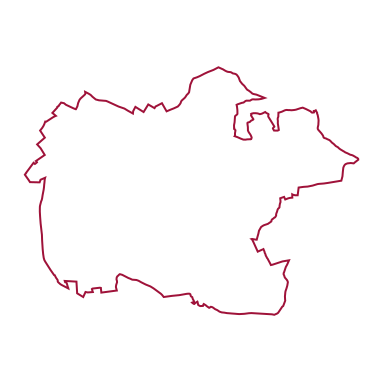 outline of Breaza, Mures, Romania, rotated 179°
{"feature_id": "2599482B97125721740240", "entity_name": "Breaza", "entity_type": "district", "adm_level": 2, "iso_a3": "ROU", "parent_name": "Romania", "parent_adm1": "Mures", "projection": "mercator", "projection_center": [24.592, 46.763], "detail": "fine", "context": "isolated", "style": "outline", "palette": "rose", "viewbox_px": 384, "rotation_deg": 179, "n_neighbors": 0, "source": "geoboundaries", "source_scale": "gbopen_adm2", "svg_char_len": 5939}
<svg xmlns="http://www.w3.org/2000/svg" viewBox="0 0 384 384"><g transform="rotate(179 192 192)"><path d="M298.5,290.3L301.7,287.5L302.8,286.2L303.1,285.6L304.3,282.9L305.1,279.7L306.6,276.8L306.9,276.8L309.4,277.9L316.5,281.4L318.4,283.0L321.3,283.7L322.3,282.4L323.1,281.5L323.9,280.2L324.5,280.0L325.3,279.3L325.2,278.8L330.2,273.5L326.8,270.5L327.6,270.2L329.6,269.2L336.6,264.8L337.5,265.0L338.5,262.4L339.4,260.6L340.7,258.6L342.8,256.1L338.2,248.9L346.0,242.3L342.6,238.4L338.6,231.6L347.5,225.7L347.0,225.3L346.5,224.4L348.2,223.0L348.6,222.8L349.9,224.0L354.8,217.6L355.5,216.7L357.8,213.7L357.7,213.6L358.8,212.2L355.3,207.1L353.8,204.7L344.2,204.3L343.2,206.9L338.6,208.8L339.0,207.4L339.4,203.7L339.6,202.4L339.9,199.4L340.3,196.8L341.4,191.6L342.0,188.1L342.5,186.3L343.0,185.3L344.0,181.7L344.3,180.4L344.4,178.8L344.5,175.1L344.3,169.9L343.9,163.1L342.8,151.8L342.7,146.2L342.3,137.5L341.9,132.5L341.4,128.7L340.8,126.5L340.0,125.0L334.8,116.5L331.3,111.3L330.7,111.2L329.5,108.7L328.0,106.5L327.8,105.9L327.8,104.9L327.5,104.3L326.9,103.7L325.3,102.2L324.1,101.4L317.3,97.7L317.4,98.2L317.8,99.1L318.7,102.6L319.1,103.4L319.6,103.8L320.4,104.0L320.6,104.5L320.8,105.3L309.1,104.4L308.6,92.7L302.6,88.9L300.2,93.9L298.1,93.4L292.9,93.7L293.8,96.7L293.5,97.0L293.0,97.2L285.8,97.9L284.8,97.7L284.4,93.0L268.9,94.8L269.7,98.1L269.7,98.9L269.4,100.5L268.5,103.1L268.6,104.4L269.0,105.9L268.9,107.1L268.7,108.0L268.1,109.0L267.1,109.8L266.5,110.5L265.6,111.1L263.2,110.4L256.9,107.0L256.0,106.7L253.3,105.4L249.1,105.0L247.0,104.2L244.3,102.6L239.9,100.3L235.2,98.3L232.1,96.3L224.9,90.8L223.7,89.6L222.1,87.5L213.8,88.5L206.5,89.1L198.9,90.3L197.6,90.4L196.1,90.3L195.4,89.7L195.2,88.4L194.7,87.6L193.6,86.9L193.0,84.8L192.4,83.8L191.8,82.5L191.8,82.1L193.8,81.4L193.3,80.9L192.1,80.1L191.7,80.0L190.3,81.2L188.5,82.3L188.4,82.1L187.8,79.0L186.3,78.0L185.5,77.8L183.0,77.9L182.8,78.3L182.6,79.3L182.2,79.8L180.2,78.5L179.1,77.5L176.9,75.9L176.4,76.0L175.9,76.5L175.2,76.9L174.0,76.6L172.9,76.0L171.0,74.5L168.7,73.4L166.6,71.9L164.4,71.1L161.8,70.8L159.2,70.3L146.9,69.1L141.7,69.3L137.3,69.8L134.8,69.9L114.1,68.3L111.9,67.8L109.0,69.0L108.0,69.7L105.6,73.1L103.8,75.7L102.8,76.4L100.7,81.7L100.8,83.0L100.9,86.0L100.4,90.4L100.1,91.6L99.3,93.7L98.4,96.6L97.7,100.2L98.1,101.4L98.7,102.5L100.7,104.9L101.4,107.2L101.8,107.9L101.8,109.3L101.5,109.7L99.5,115.4L98.1,117.8L96.2,122.0L102.8,121.0L112.8,117.9L114.4,117.6L115.2,119.4L116.9,122.7L117.5,123.9L118.3,125.0L118.7,126.0L119.4,127.2L119.6,128.4L120.3,129.8L120.6,131.2L121.6,133.7L127.3,131.2L131.4,140.7L132.8,143.6L133.2,143.9L132.8,144.0L128.7,143.2L128.1,143.2L127.5,145.4L126.3,149.4L125.7,152.1L123.7,155.5L123.4,155.9L121.7,157.0L120.5,157.6L116.7,158.8L113.7,160.8L113.2,161.2L113.0,162.3L112.5,163.1L111.9,163.6L111.3,163.9L110.3,164.8L109.3,165.3L108.3,166.9L108.3,168.1L107.9,169.5L107.4,170.6L106.7,172.9L106.1,173.9L105.1,174.7L104.8,175.2L104.7,176.6L104.3,178.7L103.7,180.4L103.7,181.6L103.9,184.2L100.0,185.5L98.9,182.9L95.9,184.0L94.2,184.4L91.8,184.6L91.8,187.9L91.1,187.5L88.8,186.9L86.4,186.9L85.3,194.6L80.3,195.2L76.3,195.4L71.3,196.3L66.4,197.7L64.9,197.9L60.0,198.2L56.0,198.7L42.5,200.7L41.3,205.0L40.8,209.8L40.3,213.6L39.7,215.1L39.0,216.2L38.6,216.7L37.7,217.3L36.1,217.9L32.7,218.2L29.8,217.8L28.5,218.9L25.2,221.4L25.3,222.4L26.2,223.2L27.7,223.9L28.3,224.4L30.3,225.6L31.7,226.2L33.1,226.5L35.9,228.0L38.2,229.0L38.9,229.6L39.5,229.9L43.0,232.1L44.4,233.2L45.3,234.2L47.4,235.4L49.4,237.5L51.3,239.0L52.5,240.4L53.7,241.5L55.9,242.5L56.9,243.1L58.8,243.7L59.2,244.0L59.5,244.3L59.8,245.5L60.3,246.5L61.6,248.4L64.6,251.9L65.1,252.8L65.2,253.5L65.1,254.5L64.5,256.9L64.4,258.6L64.2,261.1L64.3,262.7L65.0,266.8L65.5,268.1L65.6,268.7L65.5,268.9L66.8,271.5L67.9,270.7L68.3,271.0L68.8,270.9L68.8,270.7L68.3,270.3L68.7,269.4L69.6,269.3L70.6,269.3L71.0,269.5L72.1,270.6L76.5,272.9L79.8,274.4L82.1,273.9L86.6,272.5L88.5,272.2L91.1,272.0L93.0,272.2L94.1,272.2L95.8,272.4L96.8,272.3L97.9,272.0L100.8,270.7L103.5,269.9L104.2,269.8L104.4,265.7L104.8,264.9L105.1,263.5L104.9,261.6L105.0,259.3L104.9,258.4L104.1,252.5L105.2,251.9L108.9,252.0L110.0,254.0L109.8,254.6L109.1,255.4L108.6,255.7L108.5,256.0L114.4,266.0L114.5,266.7L114.1,268.4L114.3,268.7L116.3,269.7L117.4,270.7L120.5,269.2L122.3,268.7L123.1,268.7L123.9,269.1L125.4,269.5L127.2,269.7L129.3,269.7L131.1,269.3L131.6,269.0L131.5,268.6L131.3,268.0L131.6,267.4L129.4,263.8L129.4,263.5L129.9,263.1L131.8,262.2L133.0,261.0L135.1,260.4L135.3,260.2L135.4,259.4L135.0,255.9L135.0,252.5L134.2,250.7L132.7,248.5L132.1,247.3L131.5,245.8L131.4,245.1L131.8,244.4L131.9,243.9L132.5,243.7L135.5,243.7L137.7,243.4L139.8,243.5L142.3,244.5L145.5,246.0L148.4,247.1L148.1,247.5L148.0,248.2L148.0,250.0L147.6,252.1L147.5,253.0L148.1,253.6L148.4,254.0L148.5,254.6L148.8,254.6L148.8,258.1L148.2,261.0L147.7,266.7L147.5,267.2L145.4,268.9L145.2,269.6L145.2,273.2L145.5,276.3L145.9,278.4L144.5,279.0L140.5,280.3L139.6,280.4L138.8,280.6L137.0,282.0L136.0,282.4L132.5,282.3L130.5,283.4L129.5,283.6L127.0,283.4L123.6,283.5L120.9,283.9L117.7,284.8L125.8,288.2L128.8,288.9L130.0,289.4L131.6,290.9L133.8,292.6L134.8,293.1L135.6,294.0L137.9,297.3L140.0,299.3L142.1,302.1L143.3,305.6L144.5,307.5L145.5,308.7L146.9,309.4L149.2,309.9L150.6,310.9L151.6,311.2L154.0,311.5L155.4,312.0L157.2,313.0L158.7,314.0L163.4,316.2L168.4,313.7L174.1,311.6L177.7,310.0L182.1,307.8L185.0,306.6L188.5,305.5L189.8,303.8L191.8,299.3L193.2,291.7L194.2,290.4L195.0,289.7L195.6,289.1L197.0,287.0L197.7,286.2L200.8,283.5L201.4,282.4L201.9,281.0L202.8,279.7L204.7,277.7L208.8,275.9L211.5,274.9L216.0,273.1L220.5,281.3L226.3,278.4L226.9,278.2L228.0,276.5L234.2,280.3L239.0,272.8L247.1,278.1L249.4,273.9L249.7,271.5L255.0,274.6L258.1,276.6L263.9,278.7L274.9,284.0L276.4,284.6L283.4,285.3L286.6,286.2L289.9,289.0L291.6,290.8L293.6,292.1L297.1,294.0L296.9,292.3L297.0,292.0L297.2,291.5L298.5,290.3Z" fill="none" stroke="#9f1239" stroke-width="2"/></g></svg>